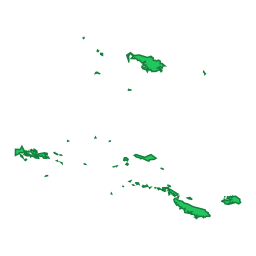 outline of Samarai-Murua District, Milne Bay, Papua New Guinea
{"feature_id": "67681753B57356093785831", "entity_name": "Samarai-Murua District", "entity_type": "district", "adm_level": 2, "iso_a3": "PNG", "parent_name": "Papua New Guinea", "parent_adm1": "Milne Bay", "projection": "mercator", "projection_center": [152.452, -10.176], "detail": "fine", "context": "isolated", "style": "filled", "palette": "green", "viewbox_px": 256, "rotation_deg": 0, "n_neighbors": 0, "source": "geoboundaries", "source_scale": "gbopen_adm2", "svg_char_len": 5882}
<svg xmlns="http://www.w3.org/2000/svg" viewBox="0 0 256 256"><path d="M139.4,55.0L134.1,55.5L131.2,58.5L134.9,58.7L134.9,58.1L136.8,59.0L137.7,60.5L139.1,60.1L142.2,63.0L145.3,61.3L145.5,62.2L144.2,62.3L143.1,64.4L145.7,65.2L145.0,65.5L145.8,65.6L145.7,66.8L143.4,68.2L142.3,67.2L143.1,66.0L142.1,66.1L141.8,67.1L143.0,68.8L146.3,69.8L147.4,71.8L148.3,69.6L146.9,68.8L147.6,67.9L147.2,66.6L148.6,69.5L149.7,69.8L150.1,68.7L150.2,70.4L151.4,70.2L151.8,71.5L155.8,71.4L159.6,69.7L161.1,71.7L161.9,70.8L161.4,69.8L159.6,68.2L157.7,67.9L160.2,66.6L162.1,68.2L163.1,65.7L164.8,65.8L161.9,63.4L160.2,63.7L160.3,61.2L158.4,60.1L156.8,61.2L155.7,60.4L153.5,60.4L153.2,57.9L151.4,57.6L151.7,56.7L150.9,56.3L147.4,57.5L139.4,55.0ZM179.2,200.7L175.1,198.2L173.9,199.5L174.6,202.4L176.3,202.8L175.7,203.7L176.8,205.3L177.9,204.5L179.3,206.6L181.4,207.3L179.4,209.1L181.8,208.1L183.4,209.0L185.0,208.5L184.3,210.2L184.8,212.5L188.6,213.2L188.1,211.6L189.8,213.0L190.4,212.0L191.6,211.8L190.8,212.6L191.7,213.8L190.5,214.3L193.7,214.2L195.4,216.1L196.8,215.1L196.8,217.1L195.0,217.3L196.5,218.5L199.0,216.1L199.6,216.7L201.6,216.2L203.6,217.6L203.8,216.4L205.4,217.1L206.3,216.3L209.8,216.4L210.0,215.4L208.1,213.7L208.2,212.7L206.0,211.7L205.0,209.8L193.3,206.8L187.4,203.8L184.4,203.2L182.3,201.3L179.2,200.7ZM235.7,196.2L232.5,196.6L231.3,198.4L231.8,196.6L231.0,197.2L230.5,196.4L229.0,197.1L227.0,196.5L228.6,197.8L227.4,198.3L230.9,199.7L228.2,200.5L226.4,200.0L226.1,200.7L224.3,199.2L224.1,200.5L222.2,200.6L221.9,201.4L224.3,202.2L225.1,203.8L227.7,204.2L229.0,203.3L228.7,204.3L229.9,204.0L230.3,202.1L231.3,203.7L232.3,203.3L232.6,202.0L233.8,203.1L235.5,202.3L238.7,203.9L240.6,202.4L239.7,200.6L239.9,199.3L235.7,196.2ZM151.0,154.6L144.7,157.3L136.0,154.5L134.3,155.3L136.3,157.0L139.8,157.9L140.7,158.8L142.1,158.2L148.1,161.0L149.3,160.8L149.4,159.7L154.0,159.4L156.0,158.2L151.0,154.6ZM15.4,155.4L18.9,153.7L19.2,152.6L22.4,152.8L24.5,151.3L21.9,146.3L20.2,149.5L15.5,149.3L15.4,155.4ZM44.6,152.8L38.1,154.0L36.9,155.3L37.1,157.0L38.3,157.0L38.8,155.7L41.1,156.5L42.2,155.8L43.5,158.1L45.9,158.2L45.4,157.6L47.0,156.8L45.1,156.2L46.1,154.7L47.3,154.8L47.1,153.4L46.1,153.2L45.5,154.4L45.4,153.5L44.6,153.9L44.6,152.8ZM36.9,151.1L34.5,149.5L34.9,151.5L33.7,150.6L33.9,151.4L33.6,151.7L33.2,150.4L31.7,150.5L31.3,149.6L30.3,150.2L31.6,152.7L33.0,153.6L32.6,154.1L34.6,154.7L34.9,156.5L31.1,155.5L29.3,154.1L28.6,154.0L28.5,155.1L29.9,155.2L30.5,156.9L31.8,156.2L36.5,157.2L35.8,152.0L36.7,152.0L36.9,151.1ZM170.5,189.5L168.8,189.3L168.0,190.2L169.4,191.0L169.1,192.4L169.5,192.8L169.6,191.9L170.4,192.0L171.6,193.6L173.5,193.8L174.5,195.1L173.4,195.2L174.7,196.2L178.0,194.2L170.5,189.5ZM130.5,52.7L126.7,55.2L128.8,61.2L128.6,54.3L129.4,54.7L129.5,53.9L131.1,53.9L132.5,55.5L133.9,55.5L130.5,52.7ZM126.3,157.7L124.4,157.8L123.7,160.3L124.4,160.7L126.0,159.8L127.8,161.3L127.4,160.4L128.1,159.3L126.3,157.7ZM166.1,187.7L162.8,187.8L163.0,189.0L161.5,189.7L163.2,190.8L163.8,190.1L164.6,191.3L165.5,190.9L164.8,190.0L166.1,187.7ZM25.2,152.9L24.9,152.1L24.0,154.4L25.2,154.3L25.2,155.1L26.6,155.8L28.3,155.8L28.3,155.2L26.8,154.8L28.1,154.1L27.7,153.7L25.9,154.2L26.1,152.5L25.2,152.9ZM189.8,197.5L187.5,198.0L188.6,198.7L192.2,199.4L189.8,197.5ZM102.5,55.3L102.5,53.5L100.7,53.4L100.8,54.5L102.5,55.3ZM168.5,187.4L166.5,187.6L166.5,188.5L168.8,188.4L168.5,187.4ZM20.5,154.8L21.0,156.4L23.0,157.8L22.2,155.8L20.5,154.8ZM138.4,182.9L136.1,182.8L137.0,184.4L138.0,183.7L138.9,184.2L138.4,182.9ZM128.2,164.3L127.1,163.1L125.9,164.4L127.3,165.1L128.2,164.3ZM144.8,186.3L144.0,185.8L143.5,187.0L145.8,186.7L145.7,185.9L144.8,186.3ZM97.2,72.2L95.9,72.5L95.4,73.4L97.5,72.8L98.6,73.5L100.4,73.6L98.8,73.5L97.2,72.2ZM97.9,51.6L98.6,50.8L97.6,50.1L97.2,51.1L97.9,51.6ZM131.5,90.2L128.7,89.4L128.1,90.6L129.0,89.9L131.5,90.2ZM169.6,185.7L167.3,185.0L170.8,186.8L169.6,185.7ZM26.5,159.6L26.0,159.1L24.7,159.9L25.5,160.5L26.5,159.6ZM178.8,196.2L178.0,196.2L178.3,197.1L177.4,197.6L178.1,198.0L178.8,196.2ZM158.8,188.1L157.5,188.2L158.6,189.6L159.1,189.2L158.8,188.1ZM58.3,154.9L56.5,153.6L56.1,153.7L58.3,154.9ZM38.8,158.4L38.5,157.4L37.9,157.4L38.0,158.4L38.8,158.4ZM29.3,151.9L28.4,151.1L27.8,151.5L28.4,152.1L29.3,151.9ZM48.5,157.1L47.6,157.3L47.5,157.7L48.9,158.1L48.5,157.1ZM163.1,169.0L160.6,168.0L163.6,169.5L163.1,169.0ZM110.3,141.0L108.6,141.5L110.3,141.1L110.3,141.0ZM146.8,186.3L147.7,186.3L147.0,185.3L146.8,186.3ZM55.4,153.6L54.8,152.5L54.1,152.8L54.2,153.0L55.4,153.6ZM83.5,38.4L84.1,37.9L83.9,37.5L83.2,37.9L83.5,38.4ZM61.1,154.9L59.3,155.0L61.3,155.1L61.1,154.9ZM124.1,186.7L122.2,186.0L124.1,186.7ZM48.2,175.6L46.0,175.7L45.7,176.1L48.2,175.6ZM205.4,73.7L204.6,73.1L204.9,74.3L205.4,73.7ZM149.7,188.2L150.5,187.4L149.4,187.6L149.7,188.2ZM169.7,194.4L168.8,193.4L169.1,194.8L169.7,194.4ZM36.9,158.3L36.1,157.5L35.5,157.8L36.9,158.3ZM130.1,181.8L130.7,180.9L129.3,181.4L130.1,181.8ZM25.7,151.4L26.5,151.3L26.0,150.9L25.7,151.4ZM155.5,188.5L155.4,187.8L155.7,187.2L155.0,187.8L155.5,188.5ZM57.5,161.0L57.3,160.5L56.8,160.7L57.5,161.0ZM160.2,188.9L159.6,188.5L159.1,189.0L159.3,189.2L160.2,188.9ZM95.8,137.9L95.5,137.2L95.1,137.9L95.8,137.9ZM67.7,141.2L68.3,141.0L67.7,140.7L67.7,141.2ZM85.0,163.9L83.6,163.9L85.3,164.2L85.0,163.9ZM143.0,186.8L143.1,186.1L142.9,185.8L142.5,186.4L143.0,186.8ZM62.0,163.4L61.9,162.8L61.2,162.6L62.0,163.4ZM204.6,72.7L204.1,72.2L203.7,71.6L203.6,72.0L204.6,72.7ZM225.5,196.9L224.6,196.8L224.1,196.9L225.5,196.9ZM37.0,152.8L37.3,152.2L36.5,152.8L37.0,152.8ZM26.5,153.1L27.0,153.1L26.7,152.6L26.5,153.1ZM135.6,183.5L135.2,183.1L135.6,183.5ZM128.6,61.9L128.8,62.4L128.8,61.6L128.6,61.9ZM133.6,185.1L133.2,184.7L132.8,184.9L133.0,185.0L133.6,185.1ZM116.4,166.6L116.8,166.1L115.9,166.3L116.4,166.6ZM114.5,167.1L113.8,166.7L113.6,166.8L114.5,167.1ZM111.2,193.8L111.6,193.9L111.4,193.4L111.2,193.8Z" fill="#22c55e" stroke="#15803d" stroke-width="1.5"/></svg>